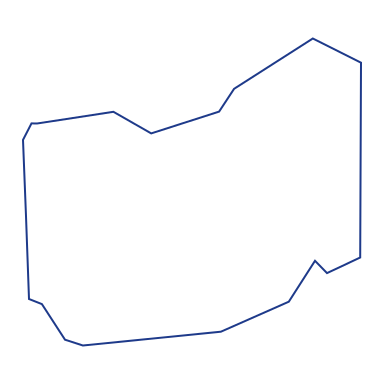 Taylor, West Virginia, United States of America
{"feature_id": "52423323B92810723022210", "entity_name": "Taylor", "entity_type": "district", "adm_level": 2, "iso_a3": "USA", "parent_name": "United States of America", "parent_adm1": "West Virginia", "projection": "equal_earth", "projection_center": [-80.076, 39.345], "detail": "fine", "context": "isolated", "style": "outline", "palette": "blue", "viewbox_px": 384, "rotation_deg": 0, "n_neighbors": 0, "source": "geoboundaries", "source_scale": "gbopen_adm2", "svg_char_len": 355}
<svg xmlns="http://www.w3.org/2000/svg" viewBox="0 0 384 384"><path d="M31.5,123.4L23.0,139.9L26.0,216.1L29.0,299.0L41.9,304.1L65.0,339.7L82.9,345.5L220.9,331.7L288.8,301.7L315.0,260.8L327.0,273.1L360.2,257.5L361.0,62.7L312.8,38.5L234.1,88.8L219.1,111.6L151.2,133.4L113.4,111.8L37.0,123.5L31.5,123.4Z" fill="none" stroke="#1e3a8a" stroke-width="2"/></svg>